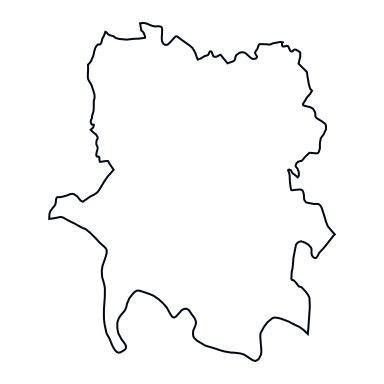 outline of Viet Yen, Bắc Giang, Vietnam
{"feature_id": "81297802B30186135932553", "entity_name": "Viet Yen", "entity_type": "district", "adm_level": 2, "iso_a3": "VNM", "parent_name": "Vietnam", "parent_adm1": "Bắc Giang", "projection": "equal_earth", "projection_center": [106.091, 21.27], "detail": "fine", "context": "isolated", "style": "outline", "palette": "ink", "viewbox_px": 384, "rotation_deg": 0, "n_neighbors": 0, "source": "geoboundaries", "source_scale": "gbopen_adm2", "svg_char_len": 5864}
<svg xmlns="http://www.w3.org/2000/svg" viewBox="0 0 384 384"><path d="M312.0,90.7L310.1,88.7L308.8,84.1L307.6,77.3L306.9,72.0L298.6,63.7L299.5,59.6L300.3,56.5L300.2,52.4L297.8,50.7L296.2,49.8L294.7,49.5L293.9,49.8L293.3,50.4L292.6,51.4L291.2,51.4L290.5,51.1L289.7,49.7L289.1,48.3L288.3,46.5L287.0,45.8L283.6,46.6L282.7,46.3L282.2,45.8L282.0,45.0L282.0,43.9L282.3,42.9L282.7,42.4L280.3,41.9L277.6,42.5L273.4,43.2L269.9,44.6L266.6,44.3L262.5,44.1L260.4,44.1L259.6,44.2L258.9,44.8L258.2,46.3L257.5,48.5L257.1,49.4L255.9,50.9L255.0,52.7L255.2,53.5L256.7,56.0L257.0,56.6L256.8,57.6L256.6,57.9L255.7,58.6L253.1,59.0L252.2,58.7L250.7,57.8L245.8,53.4L244.6,52.7L242.8,52.2L241.1,52.4L239.5,52.8L236.3,55.1L235.4,57.2L235.0,59.4L234.3,60.5L232.8,61.5L227.5,63.3L223.1,57.9L220.7,54.8L219.9,55.0L216.7,56.6L215.4,56.8L214.4,56.8L213.7,56.5L213.4,56.2L212.5,54.3L212.2,53.4L211.7,52.1L211.3,51.5L210.9,51.4L209.9,51.4L209.1,52.8L208.8,53.8L208.0,55.0L206.8,55.5L204.7,56.1L202.9,57.1L201.3,58.2L197.8,59.6L196.7,57.0L195.5,53.4L194.2,50.8L192.5,48.0L189.4,45.3L180.9,39.3L177.3,36.6L176.7,36.3L175.5,36.5L174.4,37.6L171.2,41.2L168.5,43.9L167.8,44.5L166.8,44.8L165.5,44.8L164.3,44.5L163.5,43.9L162.5,42.3L162.0,41.1L161.8,39.2L161.8,37.6L162.1,31.7L162.1,28.8L161.9,27.8L161.3,27.1L160.8,26.7L159.7,26.4L158.0,26.2L155.3,26.5L152.3,25.9L146.9,23.7L144.9,23.1L142.8,23.0L140.1,23.3L141.3,30.6L142.3,31.2L143.7,32.8L144.9,36.0L145.1,36.9L145.1,37.5L145.0,37.8L139.3,38.6L134.2,38.8L126.6,39.6L119.5,39.0L115.6,38.0L113.8,36.4L109.7,35.1L108.1,34.3L106.7,32.5L105.4,31.8L104.4,34.7L103.6,36.3L102.2,39.1L101.5,42.1L101.3,42.8L100.6,43.9L100.1,44.5L98.1,44.4L97.4,45.0L96.3,46.2L95.4,47.7L94.8,49.5L94.2,51.6L93.4,55.4L91.0,61.2L89.3,63.4L88.0,64.6L88.1,69.1L87.8,76.1L87.9,77.5L88.1,79.0L88.9,80.8L91.3,84.6L93.5,91.1L94.5,94.8L94.6,96.6L94.6,97.7L93.8,100.9L93.8,101.8L93.7,102.8L93.8,105.4L93.6,110.8L91.9,116.4L92.0,117.1L91.9,118.1L91.4,119.1L90.8,120.9L90.8,121.7L90.9,122.7L91.4,123.9L91.7,124.5L93.8,124.7L93.8,125.4L93.2,127.5L90.7,129.8L93.2,132.3L96.1,134.6L97.2,136.4L97.6,137.3L97.7,137.8L97.6,138.5L97.4,139.0L96.9,139.7L96.6,140.5L96.3,143.0L96.3,143.7L96.4,144.5L97.3,146.5L97.7,147.7L97.4,149.8L96.7,151.9L96.2,155.1L96.4,155.6L97.0,156.6L98.5,156.6L99.0,156.8L99.2,157.0L99.6,161.1L100.1,161.9L105.5,161.1L106.8,161.0L107.9,161.0L108.3,161.5L109.4,163.6L113.6,169.7L111.3,172.5L107.7,176.5L104.4,181.3L98.6,190.8L96.9,192.7L93.7,194.9L90.5,196.4L82.8,201.7L81.3,201.0L80.0,199.9L77.3,196.4L73.9,194.2L73.0,193.9L71.9,193.9L70.2,194.1L67.8,195.2L64.1,196.3L60.3,197.2L57.8,197.1L57.1,197.3L56.4,198.2L56.1,199.3L55.8,201.7L55.8,202.8L55.4,203.9L54.8,205.5L53.8,206.6L50.4,211.0L49.5,213.6L49.2,218.9L54.5,218.2L60.7,216.9L63.5,217.7L68.1,220.4L74.3,223.4L81.6,227.5L85.8,229.2L90.5,233.1L96.4,239.0L99.5,242.5L105.2,247.6L106.1,248.8L106.5,249.6L106.7,250.6L106.7,252.2L106.5,253.9L105.1,258.6L102.5,265.9L101.8,270.5L101.9,273.6L102.2,277.4L103.5,281.6L104.6,286.1L104.9,288.9L104.8,297.1L104.0,308.0L103.9,312.8L103.9,316.7L104.0,319.2L104.5,323.7L106.2,332.0L106.9,334.1L109.4,338.4L111.9,344.6L113.7,348.2L115.4,350.6L116.8,352.0L118.3,352.6L120.1,352.5L123.1,350.8L125.1,349.5L125.9,348.0L126.0,346.2L125.2,344.3L121.2,338.8L118.4,333.4L117.7,330.5L117.3,327.1L117.3,323.6L117.7,321.2L118.8,318.2L120.6,315.5L122.8,312.9L124.8,310.5L126.1,307.8L127.1,303.5L129.3,298.4L131.9,294.9L134.3,292.3L136.5,290.7L139.1,290.6L142.5,291.6L149.0,293.8L153.5,295.7L158.7,299.3L163.0,303.2L166.9,307.7L169.8,313.1L171.8,316.4L173.2,317.3L174.3,317.5L175.9,316.6L177.9,314.5L181.7,310.2L184.1,308.9L186.4,308.7L188.9,310.1L191.8,314.4L194.5,318.0L195.8,321.1L196.0,323.1L195.4,325.6L194.0,328.8L193.2,330.6L193.0,334.1L193.4,336.6L194.3,338.1L197.1,340.7L201.6,343.4L205.5,345.7L212.4,347.7L220.7,350.4L223.7,351.3L230.4,352.5L235.4,352.8L240.6,353.5L244.1,354.6L252.7,360.2L255.3,361.0L257.1,360.2L258.4,359.3L259.6,357.4L260.9,354.6L261.2,353.5L261.3,351.9L261.3,349.6L260.7,342.6L260.4,338.3L260.3,335.9L260.5,333.4L261.5,331.4L264.1,326.7L267.5,322.2L272.5,318.1L274.3,317.6L275.4,317.6L278.5,318.0L281.6,318.9L289.0,321.7L291.6,323.2L299.5,327.0L303.5,329.9L307.8,334.0L308.4,327.8L309.8,307.0L309.5,298.8L309.2,297.3L308.2,295.1L305.8,291.8L302.0,287.7L301.1,287.0L299.6,286.7L298.8,286.3L298.2,285.7L295.8,282.5L294.7,281.3L293.5,280.3L292.8,280.0L291.9,279.9L291.7,279.7L291.4,278.8L291.5,276.9L291.6,273.2L291.9,271.0L292.6,267.9L293.5,257.5L296.0,244.6L297.1,243.3L298.3,242.2L299.8,241.6L300.6,241.4L301.5,241.4L305.2,242.7L308.5,244.8L310.6,247.1L311.3,248.2L311.5,249.1L311.5,253.0L311.9,255.4L313.0,256.8L313.8,257.6L314.7,258.0L315.3,258.0L316.1,257.9L317.4,256.4L319.3,252.7L322.6,249.2L325.5,245.9L333.2,236.0L334.8,234.4L331.4,230.6L327.8,226.3L326.0,221.7L324.4,216.2L322.0,208.7L321.4,207.3L320.8,206.2L319.5,204.7L318.3,204.0L313.4,203.9L308.3,202.9L305.9,202.3L304.3,199.8L304.1,198.9L303.8,194.2L303.3,192.3L302.5,190.4L301.3,189.7L299.4,189.5L295.0,189.9L292.0,190.3L291.3,190.1L290.7,188.0L290.0,182.6L289.7,177.9L289.7,176.6L289.6,174.9L289.2,173.2L288.1,170.2L288.8,169.7L289.7,169.7L290.7,170.1L292.6,173.3L295.7,175.5L297.6,177.4L298.4,176.4L298.8,175.8L298.9,174.7L298.9,173.7L298.8,172.6L298.4,170.8L297.4,168.5L296.7,167.6L296.0,166.9L295.6,166.2L295.6,165.8L296.2,163.8L296.8,162.9L297.3,162.4L298.2,161.8L299.0,161.4L301.8,160.8L305.1,156.9L309.3,152.9L310.2,152.8L316.7,153.4L318.0,153.0L318.7,152.1L319.4,150.2L319.8,148.8L319.9,147.6L319.9,144.0L320.0,142.3L320.7,138.8L321.5,137.2L323.6,134.4L326.0,129.2L326.0,126.5L325.8,125.1L325.4,124.2L324.8,123.5L323.1,122.3L322.3,121.6L316.7,118.2L316.2,117.7L315.5,116.3L315.3,115.3L315.3,113.6L314.8,111.7L312.9,108.6L310.2,107.2L304.2,105.7L303.4,105.2L303.0,104.8L303.0,104.0L303.6,102.9L304.4,101.8L306.7,97.8L310.2,93.8L312.0,90.7Z" fill="none" stroke="#020617" stroke-width="2"/></svg>